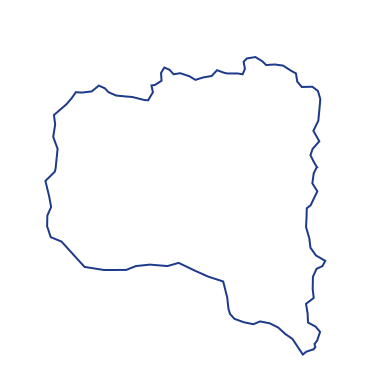 the district of Eptagoneia, Limassol, Cyprus, rotated 189°
{"feature_id": "46923920B90108910277465", "entity_name": "Eptagoneia", "entity_type": "district", "adm_level": 2, "iso_a3": "CYP", "parent_name": "Cyprus", "parent_adm1": "Limassol", "projection": "orthographic", "projection_center": [33.147, 34.845], "detail": "fine", "context": "isolated", "style": "outline", "palette": "blue", "viewbox_px": 384, "rotation_deg": 189, "n_neighbors": 0, "source": "geoboundaries", "source_scale": "gbopen_adm2", "svg_char_len": 1639}
<svg xmlns="http://www.w3.org/2000/svg" viewBox="0 0 384 384"><g transform="rotate(189 192 192)"><path d="M45.9,57.9L47.2,61.0L45.2,64.7L43.6,73.8L48.9,78.4L57.0,81.2L58.8,90.1L61.9,99.4L55.2,106.4L57.6,115.0L59.3,127.2L57.0,135.6L51.6,139.2L49.6,144.8L59.6,148.7L66.3,155.5L68.9,164.6L73.9,175.3L74.9,184.8L76.1,193.9L72.7,197.5L71.9,200.3L70.5,205.0L68.3,212.3L69.7,213.9L74.5,219.4L74.7,229.5L72.7,235.9L72.4,236.0L75.8,240.0L80.8,246.9L79.6,253.5L74.2,262.0L81.7,271.4L78.4,282.2L79.2,295.2L79.8,303.8L82.7,310.0L83.6,311.6L89.6,314.8L100.0,312.9L105.3,317.5L107.9,325.4L112.7,327.1L121.9,331.1L130.2,330.9L138.6,329.0L143.0,332.1L146.1,333.4L150.6,335.2L158.7,332.5L161.4,328.7L159.0,321.9L160.4,316.2L165.6,316.2L175.8,314.6L179.1,314.8L186.3,316.2L190.8,309.6L198.6,307.0L206.2,303.3L212.6,305.9L222.2,307.5L228.6,305.4L233.3,309.2L238.8,310.6L241.2,304.7L239.5,297.1L245.4,291.9L248.7,290.9L246.2,284.4L249.7,275.7L253.5,275.4L265.9,276.5L272.4,276.0L282.1,275.4L286.6,276.6L290.2,277.6L294.3,280.8L300.7,282.5L306.7,275.7L316.1,273.0L322.3,272.4L325.5,265.9L327.8,262.2L329.6,259.2L340.4,246.4L337.7,237.2L337.7,224.7L331.5,213.6L330.4,193.8L330.7,190.6L338.5,180.0L332.3,165.1L328.8,155.1L331.2,146.1L330.6,141.9L329.8,135.6L325.5,127.3L324.4,125.3L313.1,122.6L299.3,111.5L286.4,101.2L266.7,101.2L244.9,104.7L235.7,110.1L222.2,113.7L204.7,115.0L194.1,119.9L176.6,114.7L162.6,110.9L147.2,108.5L140.7,93.3L137.7,82.3L135.3,77.4L130.3,73.4L120.7,71.5L110.7,71.0L104.6,74.8L94.8,74.5L85.6,71.6L77.9,66.5L69.7,62.5L57.1,48.8L54.2,52.1L48.7,55.0L47.3,55.5L47.3,56.1L45.9,57.9Z" fill="none" stroke="#1e3a8a" stroke-width="2"/></g></svg>